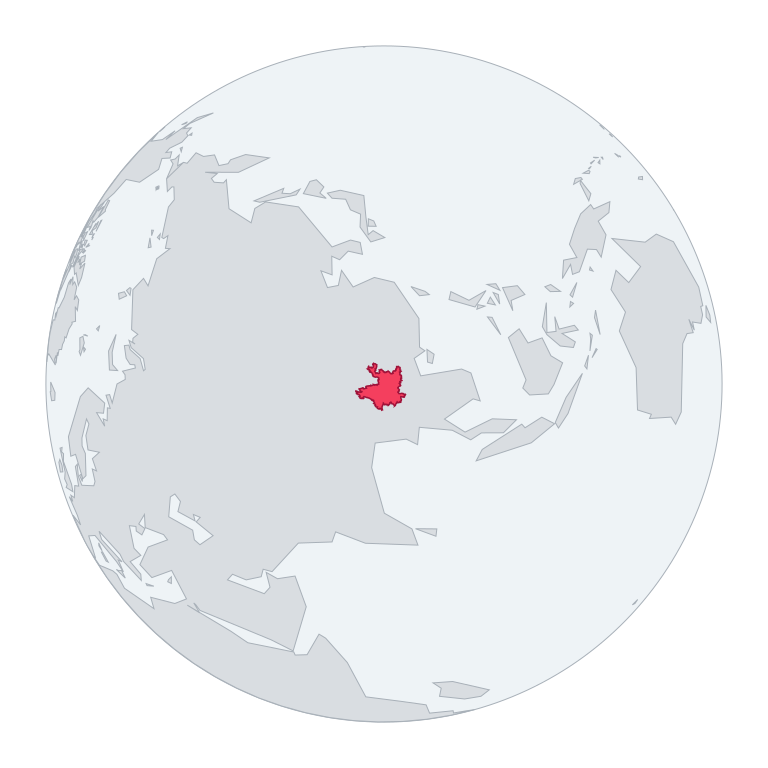 Yunnan on an orthographic globe, rotated 290°
{"feature_id": "CHN-1810", "entity_name": "Yunnan", "entity_type": "Province", "adm_level": 1, "iso_a3": "CHN", "parent_name": "China", "parent_adm1": "", "projection": "orthographic", "projection_center": [102.236, 25.179], "detail": "fine", "context": "on_globe", "style": "filled", "palette": "rose", "viewbox_px": 768, "rotation_deg": 290, "n_neighbors": 0, "source": "natural_earth", "source_scale": "10m", "svg_char_len": 17013}
<svg xmlns="http://www.w3.org/2000/svg" viewBox="0 0 768 768"><g transform="rotate(290 384 384)"><circle cx="384" cy="384" r="338" fill="#eef3f6" stroke="#a8b0b8"/><path d="M701.3,497.9L700.7,499.9L700.6,500.3L701.3,497.9ZM542.9,85.8L532.5,82.2L537.9,92.2L550.5,101.1L539.1,95.4L570.5,117.5L580.4,131.0L562.4,112.4L555.4,108.3L558.8,115.2L552.3,112.6L550.2,114.8L542.2,111.4L532.3,102.0L526.9,99.9L529.6,105.1L523.2,105.7L520.0,98.2L508.6,98.8L490.0,85.3L488.0,71.8L471.0,65.1L451.2,54.4L446.2,54.0L435.6,51.1L426.0,49.9L425.1,49.2L418.2,49.1L420.9,50.1L418.8,50.6L413.4,50.3L411.2,49.0L413.6,48.9L410.2,48.5L411.4,48.1L407.8,48.1L405.8,47.1L399.7,47.9L391.4,46.9L392.3,46.5L402.7,46.8L414.0,47.4L440.8,50.9L467.3,56.5L493.2,64.2L518.5,74.0L542.9,85.8ZM694.0,249.6L693.7,248.9L694.0,249.6ZM694.4,250.4L693.9,249.3L694.1,249.7L694.4,250.4ZM694.3,250.8L694.1,250.7L693.5,248.9L694.3,250.8ZM548.2,89.0L544.2,86.7L550.4,89.9L550.8,90.2L548.2,89.0ZM561.0,108.7L558.4,105.1L563.2,109.6L561.0,108.7ZM551.3,115.8L554.1,117.8L551.9,118.2L551.3,115.8ZM537.5,113.6L532.9,114.0L535.8,111.8L537.5,113.6ZM406.4,46.8L403.6,46.7L396.7,46.3L406.4,46.8ZM529.2,113.2L518.4,115.4L523.7,119.8L502.5,109.5L518.7,110.5L521.5,106.9L524.0,110.8L529.2,113.2ZM424.1,50.6L421.0,49.5L428.6,50.9L424.1,50.6ZM429.5,51.4L455.9,56.6L457.8,58.7L448.6,56.2L455.0,59.9L443.0,58.3L436.7,55.9L437.9,54.7L432.4,55.2L429.5,51.4ZM492.6,104.0L488.5,103.4L490.9,102.3L492.6,104.0ZM418.5,50.9L423.7,51.5L425.7,53.3L415.7,52.5L418.3,52.1L418.5,50.9ZM462.6,62.0L462.4,63.5L452.5,62.5L451.1,63.1L442.8,58.5L462.6,62.0ZM415.1,51.6L410.6,52.2L404.7,51.3L413.6,50.6L415.1,51.6ZM430.4,54.2L430.9,55.1L427.4,54.3L430.4,54.2ZM381.4,49.4L387.5,49.4L389.1,50.2L381.4,49.4ZM409.3,52.5L411.4,52.9L412.7,53.4L408.6,53.7L409.3,52.5ZM436.5,58.4L432.4,57.9L439.3,60.2L432.3,60.0L428.0,57.2L426.9,58.3L424.7,58.4L423.7,56.1L436.5,58.4ZM408.4,55.6L400.6,52.8L388.9,52.2L387.2,51.3L406.4,52.5L408.4,55.6ZM417.5,56.0L411.5,55.5L412.4,54.3L417.0,54.0L417.5,56.0ZM428.9,61.2L440.9,62.1L441.4,62.8L428.9,61.2ZM404.8,55.6L406.8,56.4L403.9,55.7L404.8,55.6ZM421.3,59.5L425.5,59.6L426.0,60.4L421.3,59.5ZM407.2,58.0L404.7,56.9L407.8,56.5L407.2,58.0ZM413.5,58.9L413.2,59.9L410.4,57.0L415.3,58.8L413.5,58.9ZM421.1,60.2L422.7,60.7L419.3,60.1L421.1,60.2ZM397.0,60.6L392.8,57.1L399.6,56.0L402.8,59.4L397.0,60.6ZM121.7,170.9L123.5,168.9L116.4,178.6L115.7,193.0L113.8,198.1L103.3,210.0L94.2,244.7L103.8,237.7L106.2,262.5L114.5,271.9L136.2,248.2L122.7,232.1L130.8,216.4L150.1,218.1L163.5,233.9L167.1,228.4L167.4,208.7L179.5,203.5L168.6,201.4L166.3,208.8L159.4,208.1L161.1,201.5L165.3,199.6L163.8,193.2L144.1,205.3L139.8,214.1L130.3,206.2L122.1,220.5L116.4,223.1L128.1,200.1L133.8,194.1L148.2,166.6L141.3,171.9L127.3,198.7L127.7,194.5L118.3,203.4L125.7,193.3L142.8,164.2L140.3,158.5L121.5,172.7L123.3,169.3L130.3,160.7L134.2,156.4L154.4,136.6L147.8,147.1L155.7,140.8L170.5,126.8L167.2,131.7L172.4,127.8L171.3,131.9L182.8,128.2L183.6,132.0L200.9,122.2L203.7,123.2L192.6,128.4L185.5,134.7L189.1,146.1L193.5,145.8L204.4,138.9L204.0,143.6L214.1,135.5L222.5,139.9L220.8,128.4L233.6,121.5L245.5,120.4L249.4,116.4L230.0,118.6L222.5,121.5L216.6,127.1L195.9,135.3L191.9,133.4L212.4,118.2L209.0,114.4L226.5,105.5L268.3,103.0L279.2,107.3L270.5,128.1L260.6,130.4L258.8,123.7L248.8,136.0L255.2,132.0L254.9,136.4L267.0,132.2L267.4,135.1L278.4,126.6L280.2,129.8L273.2,135.1L292.7,133.1L299.8,139.3L304.1,137.5L306.6,133.9L314.0,144.9L316.8,143.2L315.5,138.8L320.1,132.8L331.3,126.9L333.3,131.0L329.5,133.7L324.5,146.1L314.2,153.5L316.1,154.6L325.6,149.3L331.7,134.0L337.8,129.4L336.4,136.4L337.4,133.5L341.1,132.5L346.5,135.7L348.8,128.2L386.7,115.8L401.0,121.9L395.5,128.7L424.0,127.6L438.0,136.6L436.7,132.2L449.5,130.2L445.3,127.2L445.7,125.1L476.6,120.9L485.4,123.9L497.3,119.2L496.7,117.3L490.8,114.6L502.5,109.5L523.7,119.8L524.1,123.5L537.0,128.3L536.1,136.6L541.3,146.4L532.8,154.2L537.7,162.1L542.2,163.1L552.3,175.5L557.2,198.8L533.2,174.9L521.8,143.5L524.7,155.3L518.1,151.5L515.5,155.4L518.1,164.4L522.1,166.0L495.7,178.4L490.0,204.0L504.8,202.6L514.6,210.5L521.2,243.2L495.0,288.3L507.8,303.3L508.9,313.2L498.5,319.4L496.6,304.9L485.6,299.8L486.2,291.2L468.8,297.9L468.8,286.0L455.3,297.9L461.0,307.4L476.3,305.2L464.6,321.8L480.8,338.5L483.1,358.8L457.5,394.4L430.8,404.8L429.2,411.1L418.4,403.6L404.2,415.7L424.6,451.8L424.1,461.9L401.0,480.2L400.5,472.8L371.7,452.8L366.5,476.6L388.3,497.6L395.7,520.7L379.0,512.9L371.4,492.3L361.2,484.6L363.9,464.0L355.4,432.0L338.5,436.3L339.8,423.7L325.5,395.9L301.2,401.0L262.7,428.5L257.4,459.8L244.2,471.0L228.0,421.0L228.5,389.1L217.8,389.2L205.2,357.9L169.4,343.0L168.6,333.8L160.9,334.5L152.8,321.5L153.4,306.7L146.4,303.9L146.0,343.2L154.0,346.4L166.7,337.7L164.6,350.5L173.1,366.1L148.1,387.1L102.1,389.9L105.0,365.4L108.3,288.5L112.3,282.5L112.6,281.7L113.2,280.1L105.9,289.1L108.9,274.8L99.2,325.0L94.3,344.5L101.3,390.9L98.9,393.2L103.3,404.3L126.7,408.5L125.2,416.1L109.7,444.8L83.8,473.9L91.5,508.0L96.9,533.3L90.3,539.4L100.6,560.7L98.6,561.8L104.8,572.7L108.6,579.8L109.1,580.5L95.6,560.1L83.6,538.8L73.2,516.7L64.4,493.9L57.3,470.5L51.9,446.6L48.3,422.4L46.4,398.0L46.2,373.6L47.9,349.2L51.3,325.0L56.4,301.1L63.3,277.6L71.8,254.7L82.0,232.4L93.7,211.0L107.0,190.4L121.7,170.9ZM170.0,266.0L183.0,275.3L190.2,254.7L195.8,256.9L196.2,249.5L190.7,253.3L193.6,234.0L204.0,232.9L209.1,225.1L204.9,221.8L185.6,227.1L181.2,254.2L172.7,259.1L170.0,266.0ZM202.2,105.2L197.5,109.2L191.6,112.3L190.6,110.0L199.2,105.3L202.2,105.2ZM192.2,114.5L212.9,101.5L214.3,103.2L210.0,104.3L208.9,106.7L201.7,109.2L182.9,124.7L176.4,128.5L178.1,120.7L181.1,120.7L185.6,116.4L192.2,114.5ZM263.0,73.5L271.9,70.1L263.5,77.8L256.1,80.2L254.6,77.4L262.5,73.0L263.0,73.5ZM378.2,46.5L382.2,46.4L382.8,46.5L379.9,46.7L378.2,46.5ZM383.0,46.1L374.7,46.2L372.4,46.6L374.2,46.8L386.4,47.6L405.5,48.6L406.2,49.9L401.7,50.7L397.2,50.6L398.1,49.6L391.5,50.3L389.4,48.8L384.1,49.3L361.5,48.0L364.9,47.5L347.6,48.5L349.8,47.8L361.0,47.0L353.3,47.5L383.0,46.1ZM308.5,54.6L317.9,52.7L331.1,51.1L331.5,52.8L337.8,51.3L339.9,51.8L334.1,52.8L344.3,51.8L344.4,52.6L356.2,53.9L370.9,53.0L375.6,53.9L369.9,54.7L378.5,55.1L371.0,57.5L374.2,58.4L369.9,62.1L357.1,64.0L361.7,64.9L358.6,68.4L348.2,70.7L351.1,67.4L337.4,72.7L335.3,69.6L333.8,70.4L328.1,69.2L318.6,69.5L319.1,67.9L315.2,68.8L311.3,68.4L306.1,69.2L305.3,66.9L298.8,67.9L302.1,66.3L291.2,68.8L298.9,66.1L294.7,65.9L289.4,68.7L297.7,58.7L295.2,58.2L289.4,59.6L308.5,54.6ZM395.4,61.6L380.6,63.4L372.1,63.0L383.1,56.8L381.2,55.7L387.9,52.7L400.1,53.7L397.0,54.4L396.9,55.4L393.2,54.6L396.1,55.9L392.0,57.1L393.1,58.6L388.0,58.7L395.4,61.6ZM118.2,195.9L117.9,198.6L119.0,201.2L113.1,207.3L118.2,195.9ZM129.4,175.9L130.1,176.8L122.3,185.8L122.6,183.4L129.4,175.9ZM137.2,170.2L130.8,176.2L134.4,171.5L137.2,170.2ZM194.0,129.2L195.6,130.3L193.1,132.3L189.2,133.9L194.0,129.2ZM307.2,89.0L310.2,86.4L312.3,86.5L323.3,82.4L325.8,84.8L320.1,88.3L307.2,89.0ZM130.1,250.1L123.8,252.4L124.2,248.4L126.3,248.4L130.1,250.1ZM115.1,228.7L115.3,236.9L113.5,230.3L115.1,228.7ZM311.7,91.1L316.0,89.0L314.6,91.6L311.7,91.1ZM328.2,86.6L327.7,89.3L327.4,84.7L328.2,86.6ZM261.4,692.9L268.3,696.1L263.6,694.9L261.4,692.9ZM127.9,550.2L132.6,587.5L123.7,581.9L115.6,567.5L109.5,543.0L117.7,541.8L119.9,532.3L127.9,550.2ZM479.9,570.5L489.8,571.2L489.4,572.5L479.9,570.5ZM469.6,566.4L481.0,566.3L467.6,569.5L469.6,566.4ZM485.5,566.2L497.1,562.8L502.1,560.2L501.1,563.1L485.5,566.2ZM461.9,566.8L419.2,567.0L402.3,563.0L406.4,558.1L433.8,559.7L461.9,566.8ZM405.0,557.9L379.1,542.5L343.3,496.9L356.1,498.7L393.4,527.2L391.1,531.5L406.8,543.6L405.0,557.9ZM467.6,531.2L465.0,544.6L441.6,543.9L430.9,541.8L423.5,524.6L427.7,515.8L436.4,516.1L470.2,485.0L482.1,492.1L471.8,505.3L481.4,516.8L467.6,531.2ZM258.8,463.1L265.9,483.2L258.7,484.9L258.8,463.1ZM483.6,462.8L470.2,476.9L482.4,458.3L483.6,462.8ZM490.7,445.2L491.7,452.2L486.0,445.7L490.7,445.2ZM429.1,420.9L419.8,422.4L419.5,417.4L431.2,412.5L429.1,420.9ZM484.8,376.0L485.1,390.9L483.5,396.0L479.1,387.2L484.8,376.0ZM339.0,115.3L320.8,117.7L309.4,122.3L305.5,129.1L303.2,121.2L320.8,113.9L339.0,115.3ZM380.5,115.0L383.8,110.0L387.6,112.2L387.4,113.6L380.5,115.0ZM378.9,112.0L373.1,106.2L378.4,103.5L381.9,108.5L378.9,112.0ZM341.7,96.9L336.2,97.3L337.5,95.0L341.7,96.9ZM553.6,669.9L557.1,663.8L568.0,659.6L560.2,666.6L553.6,669.9ZM646.4,597.0L647.1,596.0L646.6,596.7L646.4,597.0ZM524.1,650.9L459.3,672.9L445.9,671.8L451.1,665.2L442.4,645.3L447.0,645.6L446.3,631.1L485.6,615.3L514.3,587.0L534.2,586.3L550.4,565.0L570.2,563.1L563.0,579.3L582.1,585.0L598.7,548.4L606.6,580.9L618.0,588.6L616.7,607.3L582.7,646.6L566.6,656.8L565.2,655.1L558.0,659.7L549.4,661.1L547.8,652.7L540.7,657.2L549.1,648.3L538.0,657.0L535.0,651.5L524.1,650.9ZM663.6,552.9L665.6,552.5L667.4,555.9L664.4,557.1L663.6,552.9ZM696.1,509.9L696.0,511.6L694.3,514.4L696.1,509.9ZM700.6,500.3L698.6,504.0L701.3,497.9L700.6,500.3ZM678.5,526.2L679.1,527.6L678.2,529.0L678.5,526.2ZM677.8,526.1L679.6,521.8L678.9,525.4L677.8,526.1ZM669.9,513.2L671.4,510.6L671.9,511.7L669.9,513.2ZM504.4,570.2L518.4,559.1L525.8,557.5L504.4,570.2ZM668.2,510.2L664.7,511.6L665.2,509.4L668.2,510.2ZM668.8,505.5L668.6,502.9L670.3,508.3L668.8,505.5ZM662.3,502.4L666.4,505.4L661.7,503.3L662.3,502.4ZM659.5,504.3L656.4,503.4L656.6,502.5L659.5,504.3ZM620.2,521.2L632.6,533.9L622.0,536.7L610.3,529.6L600.1,541.6L577.5,544.7L583.0,537.7L580.3,529.0L556.3,529.2L551.5,523.7L560.2,518.4L544.1,515.6L561.8,510.4L568.8,522.0L578.7,510.5L595.4,509.9L611.1,510.6L623.3,516.8L620.2,521.2ZM561.4,538.1L564.4,537.7L561.6,541.8L561.4,538.1ZM650.2,499.0L654.9,503.2L654.2,504.9L651.9,504.9L650.2,499.0ZM626.2,513.8L639.5,499.7L642.5,499.0L633.6,513.3L626.2,513.8ZM636.5,493.9L642.5,493.5L645.4,498.4L644.2,500.4L636.5,493.9ZM525.3,531.0L524.6,534.6L519.9,532.3L525.3,531.0ZM531.4,528.3L545.4,530.5L530.1,531.5L531.4,528.3ZM488.1,519.5L492.3,527.7L505.7,521.4L495.5,529.8L504.3,542.8L501.2,548.1L492.4,534.0L489.0,549.4L483.1,549.5L480.0,536.6L486.1,520.2L492.0,513.2L516.0,508.7L488.1,519.5ZM531.4,518.2L527.7,508.7L530.4,501.9L534.5,506.6L531.4,518.2ZM516.3,485.8L506.0,474.9L496.9,480.0L515.1,462.4L522.0,475.7L516.3,485.8ZM507.2,460.8L498.7,465.4L507.3,455.3L507.2,460.8ZM496.4,461.6L495.2,453.5L502.0,454.2L496.4,461.6ZM511.7,460.9L512.8,446.8L516.5,454.8L511.7,460.9ZM491.7,435.2L506.7,447.9L487.5,443.2L485.6,416.2L493.7,415.2L491.7,435.2ZM529.5,322.7L526.9,315.2L533.9,312.8L533.7,318.6L529.5,322.7ZM554.2,300.6L534.9,309.8L518.9,318.1L524.4,321.3L521.9,334.7L513.0,323.0L523.3,307.8L535.6,303.9L536.2,292.9L544.5,284.8L540.8,271.6L544.0,265.5L551.1,276.6L554.2,300.6ZM538.7,266.2L535.3,243.1L549.0,245.1L552.8,250.6L548.6,260.1L541.6,258.4L538.7,266.2ZM538.4,238.4L531.7,236.8L512.3,205.1L511.6,199.2L533.6,222.9L528.4,222.9L530.7,230.8L538.4,238.4ZM490.4,105.6L488.7,103.6L492.4,105.1L490.4,105.6ZM443.0,123.6L444.2,120.9L448.5,122.4L443.0,123.6ZM449.6,114.8L443.9,114.9L449.1,113.0L449.6,114.8ZM431.4,115.8L441.3,114.1L433.0,118.3L431.4,115.8Z" fill="#d9dde1" stroke="#a8b0b8" stroke-width="1"/><path d="M382.0,400.5L381.7,400.3L381.4,399.8L381.1,399.8L380.8,400.1L380.5,401.1L380.3,401.1L380.1,401.3L380.3,401.7L380.3,402.2L380.6,402.9L380.9,403.1L381.3,403.8L381.2,404.4L381.4,404.8L381.6,404.9L381.6,405.2L381.3,405.3L381.3,405.6L381.1,406.7L381.7,407.2L381.6,407.4L381.4,407.5L381.4,407.8L381.1,407.8L380.8,407.5L380.4,407.6L380.4,407.3L380.0,407.2L379.3,407.3L378.8,407.6L378.5,407.5L378.4,407.2L378.3,406.8L378.5,406.4L378.2,406.2L378.2,405.6L378.1,405.3L378.1,404.8L377.9,404.5L377.9,404.1L377.7,404.1L376.3,404.7L375.6,405.5L375.1,405.8L374.2,405.9L373.9,405.5L373.6,405.4L372.8,406.0L372.6,406.0L372.3,405.5L372.2,405.3L372.3,404.9L372.5,404.7L372.2,404.5L371.7,404.5L371.5,404.3L371.3,403.6L371.6,402.9L371.4,402.5L371.5,402.4L370.9,402.3L370.8,402.5L370.3,402.2L370.1,402.4L369.8,402.1L369.3,402.0L368.7,401.8L368.3,402.0L367.7,402.0L367.1,401.6L367.3,401.6L367.2,401.5L367.7,400.5L367.7,400.2L368.3,399.7L368.3,399.0L368.1,398.2L368.4,398.0L368.7,397.5L368.7,397.1L369.2,397.2L369.3,397.1L369.1,396.6L369.1,396.4L368.6,396.3L368.3,395.9L367.6,396.3L367.5,396.1L366.8,396.0L366.6,395.7L365.7,395.6L366.0,394.9L365.9,394.7L365.7,394.7L365.9,394.5L365.9,394.2L365.8,393.9L365.4,393.8L365.3,393.5L365.7,393.0L365.5,392.5L365.4,392.1L364.7,391.9L364.8,391.1L364.7,390.9L365.8,390.2L365.9,389.9L364.4,390.2L363.9,390.0L363.6,389.9L363.0,390.1L362.2,389.9L361.8,390.0L360.6,390.4L359.2,391.4L359.1,391.2L358.6,390.8L359.7,389.7L359.6,389.3L359.8,389.1L359.7,388.9L359.3,388.8L359.3,388.6L359.6,388.5L359.4,388.0L358.7,387.9L358.8,387.0L358.8,386.2L359.6,385.6L360.1,385.6L359.8,385.1L359.8,384.3L360.1,384.0L360.4,383.3L360.5,383.1L360.9,383.5L361.7,382.9L361.8,382.5L362.0,382.4L362.0,381.8L362.2,381.6L362.2,381.1L362.9,381.5L363.1,381.5L363.3,381.3L364.2,379.9L364.3,379.8L364.8,380.1L365.2,379.7L364.9,379.1L364.6,379.0L364.5,378.3L364.9,378.0L365.0,378.3L365.3,377.9L365.2,377.5L365.0,377.4L365.4,376.6L365.5,375.7L365.7,375.2L365.6,374.7L365.7,374.3L365.5,373.8L365.6,373.6L365.5,373.0L365.6,372.7L365.4,372.5L365.3,372.0L365.5,371.0L365.4,370.7L365.4,369.6L365.3,369.4L364.9,369.5L364.6,369.1L364.0,368.9L363.9,369.7L363.6,369.9L363.4,369.8L363.0,368.7L362.9,368.1L362.7,367.8L362.9,367.6L362.5,367.2L362.6,366.4L362.6,366.2L363.3,365.8L363.6,365.0L364.3,365.7L365.0,365.2L365.4,364.5L365.1,363.7L365.1,363.2L365.6,362.7L365.4,361.6L365.5,361.4L366.2,361.2L366.5,362.3L367.0,362.2L366.8,361.6L367.0,361.4L367.4,361.0L367.2,360.3L367.3,360.1L367.9,360.0L367.9,361.5L367.8,362.3L367.9,363.3L368.1,363.7L368.1,364.6L368.4,365.2L368.6,365.4L368.6,365.6L369.2,366.1L369.2,366.4L369.2,366.5L369.4,365.7L369.2,365.2L369.3,364.5L369.2,364.2L369.8,363.8L370.1,363.1L370.3,362.9L370.5,362.5L371.0,362.3L371.1,362.9L371.5,363.3L371.6,363.7L372.1,364.0L372.4,364.6L373.2,365.4L373.2,365.9L372.5,366.3L372.7,367.0L373.4,367.9L373.8,368.1L373.9,368.7L374.0,368.9L374.6,368.2L375.2,368.4L375.5,367.9L375.8,368.1L376.9,369.9L376.9,370.4L377.1,370.6L377.4,371.0L377.6,372.1L378.4,372.1L378.2,372.9L378.3,373.1L379.3,374.1L379.6,374.8L379.8,374.8L380.0,374.5L380.1,375.0L379.7,375.8L379.9,376.0L380.3,376.2L380.9,377.0L380.5,377.4L380.5,377.9L381.0,377.8L381.5,378.1L381.6,378.6L382.0,379.0L382.3,378.6L383.3,378.7L384.1,377.8L384.5,377.7L384.9,377.3L385.8,376.9L386.1,377.1L386.0,377.6L386.4,377.8L387.4,377.0L387.8,377.1L388.0,377.0L388.0,376.3L388.2,376.2L388.3,375.9L387.9,374.2L387.5,373.7L387.4,373.0L387.6,372.5L387.4,371.5L387.8,370.8L388.0,371.0L388.6,370.8L389.1,369.9L389.5,369.8L389.5,369.5L390.3,368.8L390.6,368.2L390.7,367.7L390.9,367.4L390.7,367.5L390.5,367.1L390.3,367.1L390.3,366.6L390.8,366.3L390.9,365.9L391.3,365.7L391.7,366.1L392.5,365.4L392.1,364.2L392.4,363.4L392.5,363.6L393.0,363.7L393.4,363.6L393.6,363.7L394.3,363.5L394.4,363.4L394.6,363.6L395.1,363.5L395.4,363.6L395.1,363.9L394.5,364.1L394.4,364.2L394.5,365.3L395.1,365.6L395.3,365.9L395.3,366.2L395.5,366.6L395.4,366.8L394.9,367.0L395.1,367.5L395.8,367.9L396.3,368.2L396.9,367.9L397.2,368.0L397.8,367.8L398.2,367.5L398.2,366.9L398.5,366.7L399.3,366.8L399.4,367.2L399.9,367.2L399.8,367.7L399.6,368.0L400.0,368.8L399.5,370.8L398.8,370.7L397.7,371.3L397.4,371.2L395.9,371.3L395.6,371.1L395.1,370.5L394.6,371.1L394.5,371.4L394.2,371.6L393.2,370.9L392.9,370.9L392.7,370.9L392.3,371.6L391.1,372.8L391.4,373.1L391.7,372.9L392.1,373.5L392.1,374.0L391.9,374.0L391.8,374.3L391.9,374.7L392.1,374.8L392.0,375.5L392.4,375.9L392.8,376.0L393.4,376.1L393.9,375.3L395.0,375.4L395.5,374.8L395.8,375.6L396.3,375.6L396.9,376.8L396.2,377.5L396.2,377.9L396.0,378.1L396.1,378.4L396.0,378.9L395.8,379.2L395.4,379.4L395.6,379.8L395.4,380.4L395.3,380.5L395.0,380.5L395.0,381.1L395.7,381.6L395.7,382.0L396.3,382.0L396.4,382.7L397.1,383.3L397.6,383.4L397.5,383.6L397.2,383.7L397.1,384.4L397.2,384.9L396.4,385.9L396.3,386.5L396.0,386.9L396.5,388.2L397.2,388.9L397.4,388.7L397.2,388.2L397.4,388.1L398.1,388.1L398.6,388.3L399.3,388.3L399.8,388.9L399.8,389.9L400.4,390.3L400.5,390.0L401.2,390.5L401.4,390.5L401.6,390.4L401.7,390.0L402.1,389.9L402.5,390.4L403.1,390.6L403.6,390.5L403.7,390.2L404.4,390.0L404.3,390.3L405.1,390.8L405.1,391.0L405.4,391.5L405.0,391.8L405.1,392.2L405.0,393.4L404.4,393.8L403.5,393.5L403.0,394.2L402.7,394.3L402.7,394.6L402.4,394.5L402.3,394.9L401.9,395.4L401.8,395.7L401.5,395.5L401.3,395.0L400.9,394.9L400.5,394.5L400.2,394.8L400.1,395.2L399.8,395.1L399.3,395.3L398.6,395.8L398.3,395.7L398.2,396.0L397.9,396.2L398.1,397.2L397.5,397.7L396.8,397.9L396.6,397.7L396.0,398.3L395.4,398.6L394.9,398.3L394.9,397.8L394.1,398.0L393.7,398.4L393.5,399.6L393.4,399.7L391.7,398.0L391.4,398.2L391.1,398.6L391.2,398.9L390.9,399.3L390.6,399.1L390.4,398.7L390.3,398.4L389.9,398.1L389.5,398.8L388.9,399.1L388.9,399.6L388.4,399.9L388.4,400.1L388.2,400.2L387.6,399.9L387.2,399.2L385.9,398.5L385.6,398.6L385.5,398.3L385.3,398.2L385.0,398.3L384.9,398.7L384.7,398.8L384.8,399.0L384.1,399.8L383.9,400.3L383.6,400.2L383.3,400.4L383.2,400.2L382.7,400.1L382.1,400.2L382.0,400.5Z" fill="#f43f5e" stroke="#9f1239" stroke-width="1.5"/></g></svg>